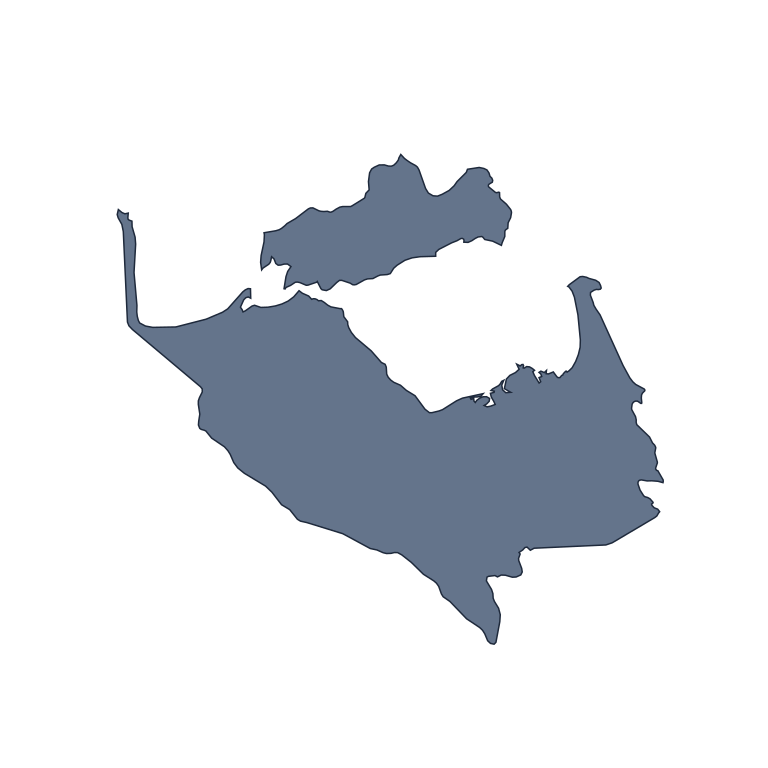 the State of Zulia, rotated 282°
{"feature_id": "VEN-31", "entity_name": "Zulia", "entity_type": "State", "adm_level": 1, "iso_a3": "VEN", "parent_name": "Venezuela", "parent_adm1": "", "projection": "mercator", "projection_center": [-71.765, 10.117], "detail": "fine", "context": "isolated", "style": "filled", "palette": "slate", "viewbox_px": 768, "rotation_deg": 282, "n_neighbors": 0, "source": "natural_earth", "source_scale": "10m", "svg_char_len": 6161}
<svg xmlns="http://www.w3.org/2000/svg" viewBox="0 0 768 768"><g transform="rotate(282 384 384)"><path d="M494.3,87.8L499.4,87.9L497.2,92.1L496.6,95.2L498.0,98.3L493.3,98.9L492.0,99.4L491.3,100.7L490.9,103.6L485.5,104.9L475.9,110.0L469.2,112.0L441.1,116.3L409.5,126.0L403.0,127.2L398.9,128.6L395.1,130.5L392.9,132.3L391.1,138.6L391.3,146.0L396.5,168.5L410.4,196.5L420.6,211.1L425.0,215.5L444.7,226.7L447.2,228.7L449.1,231.2L449.4,233.6L440.2,235.8L440.9,233.1L439.7,230.9L437.2,229.3L429.3,227.6L427.2,229.8L425.2,231.1L426.7,233.1L432.8,238.7L434.1,241.0L433.3,247.6L435.0,254.5L437.8,261.6L441.1,267.6L445.2,273.0L450.5,277.6L457.6,281.5L455.8,285.3L454.4,292.0L451.8,295.7L452.7,297.0L453.0,298.8L452.7,300.8L451.8,302.6L452.6,305.3L451.3,308.8L449.4,312.6L448.4,316.1L448.6,325.5L448.9,326.5L448.6,327.2L447.2,328.5L446.1,329.2L441.5,330.7L437.3,335.5L434.6,336.2L431.8,337.8L427.6,341.4L423.5,346.4L413.7,364.7L404.5,377.0L403.5,381.0L401.0,382.7L394.2,384.6L391.5,386.7L389.3,389.7L387.7,393.2L386.2,400.4L382.4,407.2L379.0,416.8L367.9,429.3L365.4,434.4L365.9,436.8L369.1,443.5L371.1,446.6L382.6,458.4L386.5,463.7L395.2,483.0L392.2,481.3L390.8,478.2L389.9,474.5L388.4,471.3L387.1,472.3L388.4,474.8L386.1,475.5L384.9,477.1L387.4,478.2L390.0,480.5L392.1,483.5L392.9,487.0L391.8,490.3L389.0,490.5L386.0,488.7L383.8,486.4L383.1,489.6L384.5,492.9L387.1,497.0L389.7,495.1L393.5,491.7L397.0,490.0L398.7,493.4L399.9,493.4L399.9,490.0L401.7,491.2L406.2,496.4L407.9,497.5L411.1,498.6L412.5,500.4L407.4,499.4L403.0,501.2L400.8,504.9L402.2,509.7L404.5,502.7L414.3,502.7L418.6,505.3L422.5,510.2L426.5,513.1L431.0,509.7L430.3,512.5L429.9,513.3L431.6,514.7L432.0,515.9L431.0,516.7L428.7,516.8L428.7,517.9L430.7,519.9L431.0,522.8L430.0,525.9L428.7,528.4L427.0,527.0L423.6,529.4L417.2,535.5L418.8,536.8L422.5,534.3L424.1,536.7L426.3,535.4L427.6,533.2L429.2,534.8L428.5,538.4L431.0,540.1L427.8,540.4L428.0,542.7L431.0,547.1L427.0,551.6L426.4,552.9L426.9,554.8L429.3,556.0L429.9,557.0L430.9,557.1L433.0,558.2L434.5,559.4L433.7,560.6L435.3,562.2L439.1,564.7L445.9,566.8L453.2,568.0L460.7,568.2L467.9,566.9L492.0,559.3L508.5,552.2L513.9,548.7L517.4,544.7L517.7,543.4L519.7,544.6L529.7,553.5L530.5,556.0L530.5,560.0L529.9,562.6L529.5,569.5L528.0,573.3L525.3,575.4L523.0,576.5L521.7,575.9L520.9,574.0L520.7,572.1L519.5,570.0L516.5,567.0L513.8,567.4L507.3,571.6L504.6,572.9L501.3,575.9L496.5,581.0L451.8,614.0L441.2,623.1L437.9,626.9L435.9,630.3L433.2,639.6L432.4,640.4L431.6,640.5L428.8,638.7L426.9,638.2L423.8,638.6L419.5,640.0L418.6,640.0L418.4,639.2L419.7,636.2L419.9,635.2L419.5,633.4L418.5,632.1L417.0,631.2L415.8,630.9L411.7,631.2L410.4,631.7L404.4,636.8L401.3,638.2L399.0,638.6L396.8,639.7L387.3,654.8L382.2,658.9L380.5,661.4L379.2,662.5L378.1,663.1L372.9,663.2L364.5,667.6L363.6,667.8L358.5,667.2L357.3,667.4L356.2,668.6L356.1,669.9L348.2,677.0L346.7,677.4L345.5,677.4L345.8,672.2L345.0,666.1L343.9,661.5L343.7,655.7L343.0,654.0L342.1,653.2L340.7,652.9L339.0,653.2L333.5,656.5L328.8,661.1L328.0,662.5L327.8,665.5L327.0,668.1L324.2,671.8L323.5,671.8L322.2,670.7L321.0,671.3L319.1,674.0L318.5,677.7L316.4,680.2L314.9,679.4L311.6,678.3L309.6,676.6L276.1,640.2L272.7,634.5L254.6,565.0L251.8,561.7L254.2,557.8L253.3,555.8L250.5,554.2L247.3,551.1L246.0,552.5L241.4,551.9L239.3,552.5L232.3,557.0L228.9,558.3L225.7,557.5L222.7,553.4L221.7,549.7L222.2,542.5L221.5,538.4L218.9,535.1L219.7,532.4L217.6,526.2L216.5,524.9L212.7,525.1L205.4,531.9L201.6,534.1L197.2,535.3L194.3,537.2L188.5,542.7L182.5,545.7L175.5,546.7L154.6,547.2L152.4,545.8L152.4,542.1L154.4,538.8L160.6,534.5L163.6,531.6L165.7,528.2L171.5,513.6L185.0,493.7L188.2,486.1L190.6,483.8L197.4,479.6L200.1,476.7L201.8,473.6L206.1,462.1L215.3,447.6L220.6,436.8L221.9,432.4L221.3,429.2L219.8,426.1L218.7,421.7L218.8,418.2L220.2,411.5L220.2,404.8L229.0,374.8L232.4,337.4L232.5,330.8L233.7,327.4L241.5,317.9L244.6,308.9L254.9,296.8L259.5,289.4L267.6,266.0L271.5,258.4L275.9,253.4L283.2,248.2L286.3,245.2L289.4,241.0L295.2,226.7L301.0,219.5L301.4,217.8L301.6,214.6L302.3,213.0L305.3,211.0L309.0,210.5L316.2,210.1L325.5,206.6L328.9,205.9L332.2,206.3L338.4,207.9L341.4,207.2L343.2,205.0L385.0,126.6L387.9,122.4L391.2,120.2L478.9,97.3L485.6,94.4L491.3,89.4L494.3,87.8ZM544.0,470.0L546.3,460.6L546.3,452.5L548.1,450.3L548.6,449.0L547.4,445.5L545.3,442.9L542.4,440.1L540.0,436.8L539.3,432.6L541.1,432.4L542.2,431.8L542.7,430.3L542.3,429.0L539.3,425.6L536.2,420.9L527.1,409.7L523.5,407.2L519.7,408.0L516.0,392.8L513.2,385.2L509.4,378.8L503.0,372.2L499.2,369.4L493.3,367.2L491.7,364.4L489.8,357.7L488.3,355.4L484.8,351.2L483.4,346.1L481.8,343.3L475.5,336.1L474.8,334.3L474.6,332.7L475.6,330.0L476.6,321.2L476.1,318.9L473.5,316.7L465.9,311.6L463.4,308.2L463.3,303.9L464.1,302.5L470.4,297.4L469.6,297.0L464.9,289.1L464.4,287.4L465.7,280.7L465.7,278.1L465.1,276.1L461.0,272.1L458.1,268.1L456.4,267.5L456.4,266.4L468.7,265.8L474.1,266.4L479.5,268.6L481.3,264.7L480.5,261.3L478.9,258.3L478.2,255.7L479.4,253.1L483.5,250.4L485.1,247.6L480.8,247.6L479.2,247.4L477.2,246.4L472.3,241.6L470.2,240.6L477.4,238.0L484.1,237.1L498.0,237.1L505.0,236.0L507.0,235.2L511.4,246.3L513.1,249.4L514.9,251.4L518.2,254.1L520.8,255.8L527.4,263.1L539.6,273.6L540.9,275.4L541.5,277.9L539.9,284.2L539.8,286.3L540.2,289.3L541.2,292.8L540.8,295.6L541.3,296.8L542.4,298.3L545.0,300.7L547.8,304.0L549.0,306.7L550.7,314.6L552.0,316.1L561.6,326.1L562.5,326.5L566.7,326.6L570.8,329.1L578.8,326.7L587.6,326.0L591.7,327.2L594.0,329.4L597.3,333.8L598.4,338.9L598.1,343.1L598.6,345.9L600.0,348.0L602.7,349.9L605.9,351.4L608.4,351.6L612.0,352.7L608.9,357.1L607.5,360.0L605.9,363.9L604.2,369.6L603.1,371.6L600.6,373.8L583.9,384.0L580.0,387.7L578.3,392.8L578.9,397.3L581.7,401.5L586.9,407.5L592.5,411.4L597.2,413.4L608.1,420.5L611.4,421.0L615.6,432.1L615.6,436.9L614.8,440.2L612.3,442.8L609.2,444.5L607.8,446.7L605.8,448.0L603.9,448.0L601.5,445.4L600.5,444.8L599.3,444.9L598.6,445.4L594.6,453.1L594.5,454.3L595.5,456.4L595.3,457.2L590.9,458.3L589.1,459.6L585.3,466.4L581.0,471.6L579.5,472.6L578.1,473.1L573.0,473.3L567.5,471.9L562.0,472.7L560.3,471.1L559.4,470.6L558.2,470.5L553.4,471.5L546.7,470.2L544.0,470.0Z" fill="#64748b" stroke="#1e293b" stroke-width="1.5"/></g></svg>